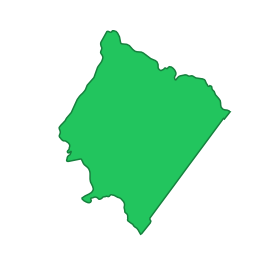 the Region of Upper West, rotated 127°
{"feature_id": "GHA-2157", "entity_name": "Upper West", "entity_type": "Region", "adm_level": 1, "iso_a3": "GHA", "parent_name": "Ghana", "parent_adm1": "", "projection": "mercator", "projection_center": [-2.051, 10.34], "detail": "fine", "context": "isolated", "style": "filled", "palette": "green", "viewbox_px": 256, "rotation_deg": 127, "n_neighbors": 0, "source": "natural_earth", "source_scale": "10m", "svg_char_len": 3815}
<svg xmlns="http://www.w3.org/2000/svg" viewBox="0 0 256 256"><g transform="rotate(127 128 128)"><path d="M190.4,53.1L204.0,53.5L205.3,54.0L203.2,58.8L202.7,60.9L202.9,62.6L202.8,64.1L202.6,65.0L202.2,65.8L202.0,66.4L202.1,67.0L202.2,67.6L202.2,72.2L201.8,72.9L201.3,73.3L200.7,73.5L200.2,73.8L199.9,74.2L198.3,75.4L197.5,76.5L197.3,77.4L197.2,78.8L197.1,79.5L197.0,79.9L195.5,81.3L194.0,83.1L193.4,83.5L192.3,84.0L191.7,84.4L191.0,84.9L190.0,86.1L189.6,87.0L189.3,88.0L188.7,91.1L188.8,92.1L188.9,92.9L189.3,93.9L189.5,94.4L190.1,98.3L190.3,98.9L190.5,99.4L190.8,99.9L191.2,101.0L191.5,101.4L191.9,101.7L192.6,101.8L193.2,101.8L193.9,101.9L194.4,102.2L194.7,102.6L195.0,103.1L195.2,103.6L195.4,104.1L195.8,104.4L196.3,104.7L196.7,105.0L197.0,105.3L197.5,105.9L197.8,106.2L198.3,106.4L199.6,106.6L200.2,106.7L201.7,107.5L202.1,107.9L202.4,108.6L202.3,109.3L202.1,110.3L202.2,110.9L202.6,112.1L202.8,112.6L203.2,113.0L204.0,113.6L204.9,114.1L206.0,115.1L206.3,115.3L206.5,115.3L206.8,115.2L207.2,114.9L208.2,113.6L208.7,113.4L209.2,113.3L209.8,113.3L210.8,113.8L211.3,114.4L211.8,115.3L212.3,117.2L212.6,119.5L212.4,121.2L212.3,121.9L211.6,122.6L208.1,121.4L204.2,119.4L201.9,118.5L200.5,118.3L199.7,118.4L199.0,118.4L198.2,118.7L197.7,119.0L197.3,119.3L195.9,121.1L193.8,125.2L193.1,126.1L191.6,127.6L187.3,130.8L185.9,132.1L184.9,133.6L184.3,134.7L184.1,135.3L183.8,136.6L183.6,140.9L183.4,141.5L183.2,142.2L181.5,145.4L181.1,146.2L181.1,146.9L181.8,147.7L190.0,155.0L190.8,155.8L191.2,156.6L191.0,157.3L190.5,157.7L189.4,158.1L188.0,158.8L187.6,158.9L187.0,159.0L186.4,158.9L185.8,158.9L184.7,158.4L184.2,158.3L183.6,158.4L183.1,158.6L181.8,158.8L181.1,159.1L181.0,159.4L181.3,159.7L183.1,160.1L183.6,160.4L183.9,160.9L183.8,161.7L183.4,162.2L182.8,162.4L182.2,162.4L181.6,162.3L180.9,162.3L180.4,162.3L178.9,163.1L178.2,163.3L177.4,163.7L176.9,164.2L176.5,164.6L176.3,165.1L175.9,166.3L175.8,166.9L175.9,168.8L175.9,169.3L175.9,169.9L176.1,170.4L177.0,171.7L177.2,172.3L177.3,172.9L177.2,173.7L177.1,174.6L176.7,175.8L176.5,177.0L176.1,177.7L175.7,178.1L175.2,178.4L172.7,179.1L171.7,179.9L171.0,180.7L170.1,182.3L169.5,182.9L168.9,183.3L166.2,183.3L160.3,182.6L159.8,182.6L158.1,182.9L156.8,183.0L149.8,182.6L135.8,185.7L131.8,185.8L129.2,185.5L127.9,185.2L125.1,185.0L123.6,185.0L122.4,185.2L118.9,186.2L118.2,186.3L108.7,185.6L108.1,185.6L98.2,188.7L96.9,188.9L91.5,189.0L89.9,189.3L88.3,189.8L87.4,190.2L86.8,190.5L86.4,190.9L85.8,191.8L85.5,192.3L84.8,194.3L84.3,195.2L83.7,195.6L83.0,195.9L81.1,196.4L80.4,196.7L79.8,197.1L79.5,197.5L78.9,198.6L78.4,199.3L77.5,200.3L76.6,200.9L75.8,201.2L63.7,202.9L62.9,202.3L62.5,201.3L62.4,200.3L61.9,199.4L60.9,198.9L60.3,199.0L59.7,198.9L58.9,197.9L58.1,195.6L58.5,193.4L60.3,189.7L64.0,185.6L64.7,184.5L64.4,183.4L61.9,179.3L61.4,176.5L62.4,171.6L62.5,168.8L61.8,166.8L59.4,163.1L58.9,160.9L58.9,155.1L58.9,151.6L57.7,146.7L57.8,144.5L59.2,142.2L61.4,140.5L62.2,139.6L62.5,138.1L62.5,136.7L62.1,136.1L61.4,135.8L60.3,135.1L59.3,134.8L58.4,134.8L57.7,134.5L57.4,133.3L57.0,132.5L56.1,132.3L55.0,132.2L54.1,131.8L53.2,130.0L53.2,127.7L53.7,125.5L54.5,123.9L55.2,122.9L56.1,122.2L57.1,121.8L58.5,121.7L59.7,121.3L60.6,120.2L61.1,119.2L60.7,118.7L58.1,118.7L56.3,118.4L55.0,117.7L51.2,114.4L50.4,113.0L50.1,110.9L49.8,110.3L48.3,108.9L47.8,108.3L47.5,107.2L47.3,104.9L47.1,103.8L43.9,98.0L43.4,96.0L43.7,94.9L45.2,92.3L45.8,90.5L46.1,90.1L46.3,89.6L46.3,88.9L46.0,88.4L45.5,88.1L45.1,88.1L44.9,88.1L44.8,87.6L44.5,86.5L44.8,85.8L46.0,84.7L46.6,83.6L47.0,81.1L48.8,78.2L49.9,73.1L50.7,70.8L52.2,69.2L53.9,67.8L55.3,66.2L55.9,63.7L55.3,61.7L54.1,59.7L53.5,57.6L53.8,56.8L53.6,56.2L62.9,56.4L62.9,57.5L65.3,57.5L75.3,57.4L96.3,57.2L122.2,57.0L146.4,56.7L169.9,56.5L186.6,56.3L187.8,55.6L188.6,53.7L190.4,53.1Z" fill="#22c55e" stroke="#15803d" stroke-width="1.5"/></g></svg>